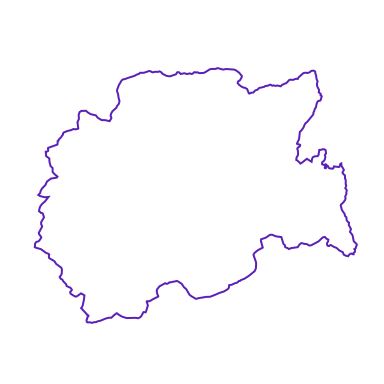 Dien Bien Dong, Điện Biên, Vietnam (Natural Earth projection), rotated 266°
{"feature_id": "81297802B35707987060986", "entity_name": "Dien Bien Dong", "entity_type": "district", "adm_level": 2, "iso_a3": "VNM", "parent_name": "Vietnam", "parent_adm1": "Điện Biên", "projection": "natural_earth1", "projection_center": [103.27, 21.233], "detail": "fine", "context": "isolated", "style": "outline", "palette": "violet", "viewbox_px": 384, "rotation_deg": 266, "n_neighbors": 0, "source": "geoboundaries", "source_scale": "gbopen_adm2", "svg_char_len": 5965}
<svg xmlns="http://www.w3.org/2000/svg" viewBox="0 0 384 384"><g transform="rotate(266 192 192)"><path d="M83.9,73.3L77.1,78.8L76.4,79.0L76.3,79.8L75.9,80.1L75.2,79.8L73.7,78.6L72.8,78.6L71.5,77.8L69.7,78.0L69.2,78.8L69.1,81.2L68.4,83.2L69.0,85.4L68.9,87.2L69.5,88.6L70.0,91.7L71.8,97.1L72.4,100.4L72.2,102.8L74.3,105.3L76.3,108.3L76.2,108.8L74.9,110.1L72.5,113.6L70.8,118.0L70.4,127.2L69.8,129.5L70.5,131.2L71.6,132.7L75.3,135.0L75.6,135.4L75.2,137.3L75.4,137.6L82.0,140.1L85.5,139.2L86.1,139.3L86.3,139.6L86.0,140.7L86.1,142.3L87.7,145.4L90.0,150.9L90.4,151.1L92.7,150.2L96.0,149.9L97.2,150.3L100.1,152.9L102.9,158.8L102.3,159.8L102.2,161.2L103.5,163.3L103.3,163.7L104.3,170.7L103.9,171.6L101.2,175.3L97.5,177.4L95.6,179.4L89.8,182.3L88.1,184.1L85.1,188.5L85.7,191.7L86.4,199.0L86.2,202.7L88.2,209.0L89.3,211.9L90.5,216.8L92.4,220.6L93.2,221.6L94.1,222.1L96.5,222.6L96.7,225.1L97.9,228.2L98.5,230.9L100.0,232.7L99.9,233.6L100.7,234.6L101.7,237.9L104.2,242.6L108.7,249.0L111.3,250.4L116.0,251.0L117.8,250.9L124.7,249.0L125.5,249.1L127.0,250.3L129.3,253.6L131.6,258.7L138.5,257.3L140.0,257.6L141.3,262.5L143.7,266.6L143.9,267.4L143.7,269.2L142.6,271.1L141.7,273.5L140.8,278.0L133.9,279.6L132.5,280.9L130.8,281.0L130.0,281.9L129.5,283.3L128.3,284.6L129.1,287.0L129.6,293.6L132.0,295.5L133.1,296.9L133.4,297.7L132.4,300.6L132.0,303.0L130.4,305.2L130.6,307.4L133.9,314.8L137.4,319.0L137.7,319.9L137.9,321.4L136.1,322.8L135.0,324.7L133.5,324.4L131.5,323.2L130.8,323.0L129.3,323.3L128.8,323.9L128.5,325.0L129.4,326.2L129.4,326.8L127.3,329.8L126.2,332.2L123.4,334.9L121.5,338.2L118.9,339.0L117.7,341.1L117.0,343.2L118.7,344.6L119.4,345.9L119.4,346.9L118.6,348.4L118.6,348.9L120.0,349.0L120.7,350.1L121.4,350.5L122.8,350.6L123.7,350.0L124.5,351.4L126.2,351.9L127.5,352.7L128.4,352.7L131.7,349.9L137.3,349.2L138.5,348.7L141.2,346.8L143.9,348.0L148.2,346.1L150.5,346.5L151.1,345.6L153.0,344.3L155.9,344.3L157.6,342.9L159.3,342.8L163.6,340.3L168.4,339.4L169.1,339.8L171.1,342.3L173.3,344.1L174.6,344.7L176.7,344.5L179.6,346.0L181.0,345.9L182.8,346.5L183.6,346.3L184.9,345.2L187.8,346.3L189.3,345.8L191.0,346.1L193.7,346.1L194.7,345.6L197.9,345.7L199.2,344.4L200.6,343.5L201.2,343.6L202.6,344.6L203.6,345.0L207.3,343.2L208.3,342.9L210.1,342.9L209.8,342.1L209.1,341.7L206.9,340.9L206.7,340.1L207.6,335.4L205.8,334.6L205.4,334.0L206.1,330.6L206.7,330.0L208.2,329.6L208.5,329.0L207.8,327.9L206.4,327.1L206.4,326.5L206.7,326.1L207.4,326.1L208.6,327.2L209.9,327.9L210.4,327.1L209.8,325.9L209.9,325.1L210.6,323.7L211.2,323.7L212.6,324.0L213.8,325.8L215.2,326.8L217.7,327.5L219.7,327.2L221.2,328.4L224.5,328.2L225.4,326.9L225.5,325.2L225.1,324.2L225.2,322.2L225.0,321.8L223.2,321.6L221.6,321.0L220.5,321.0L219.6,320.4L219.0,319.8L219.0,316.8L218.2,314.9L216.9,314.2L213.8,313.4L217.1,308.9L213.7,303.9L212.8,302.1L213.9,301.4L216.2,299.1L216.6,298.3L217.0,298.3L218.8,298.6L221.6,300.3L222.6,300.5L225.9,300.5L227.9,300.0L229.3,301.2L229.9,302.7L231.2,303.2L231.6,303.0L231.8,302.6L232.5,300.3L233.0,300.1L237.3,302.5L244.5,303.8L245.4,305.1L248.4,307.6L251.4,309.1L252.7,310.1L253.9,311.8L260.9,318.4L262.8,318.7L264.7,319.8L266.0,320.1L267.8,321.5L270.8,322.3L273.3,323.5L274.0,324.3L274.2,326.2L274.9,326.8L278.4,328.1L279.1,327.7L279.4,327.0L281.0,327.2L282.5,325.4L284.7,325.9L288.5,324.4L290.1,324.1L291.7,324.3L293.6,325.0L296.2,324.1L299.8,323.9L301.3,323.4L303.6,323.2L304.4,322.3L304.6,321.6L304.5,319.5L303.1,317.5L302.7,315.6L303.1,313.1L302.8,311.4L298.9,306.3L297.4,305.4L297.7,303.9L296.8,300.4L297.2,297.9L297.0,296.9L294.2,293.9L292.6,289.3L291.3,288.0L291.3,287.6L292.3,284.6L292.0,282.9L292.7,280.7L292.4,279.4L293.5,278.0L293.6,277.4L292.7,274.8L292.6,272.5L291.8,271.1L291.1,266.3L289.5,264.4L288.8,262.0L287.0,260.2L286.8,257.6L286.2,256.4L286.4,255.6L290.8,254.2L292.3,252.1L292.5,250.8L293.4,249.1L295.5,246.6L297.3,245.2L298.1,245.2L299.1,245.7L299.9,247.3L300.6,248.0L303.3,249.7L304.3,249.8L307.8,247.3L310.2,244.4L310.8,243.5L311.2,242.3L312.2,235.5L312.3,233.8L311.9,231.7L313.8,226.2L313.7,225.6L313.1,224.3L313.4,220.4L313.2,218.5L310.3,213.0L310.0,211.9L310.0,207.8L311.1,205.5L310.9,204.1L311.4,203.1L311.3,202.5L310.2,201.2L309.8,200.2L310.0,199.0L310.5,198.0L310.0,195.5L311.0,192.6L310.5,188.9L312.2,187.6L312.6,186.1L312.3,185.5L310.5,184.2L308.9,177.9L309.7,174.6L312.1,170.6L313.2,170.1L314.6,168.2L314.2,166.5L314.5,163.8L314.1,160.9L315.5,158.8L315.6,157.3L314.4,152.8L314.3,150.8L314.6,148.7L313.5,147.2L312.9,144.8L311.8,142.6L310.7,137.7L309.2,132.4L309.2,131.1L308.2,129.6L303.9,126.6L298.9,124.3L297.2,124.4L294.7,125.1L291.4,125.3L287.8,126.0L285.9,125.5L284.7,124.9L282.8,123.1L281.4,122.5L278.3,118.5L276.1,116.9L273.7,116.1L272.0,116.7L271.0,116.6L268.4,114.7L269.7,110.6L270.1,106.8L272.5,103.3L275.2,101.4L276.7,96.4L278.5,93.8L280.4,91.9L280.6,87.2L279.6,85.5L276.8,84.3L272.8,84.3L269.6,82.6L263.3,83.0L263.0,82.6L262.6,80.3L263.1,78.1L262.3,76.2L261.4,71.5L260.4,68.4L259.4,67.4L258.3,67.3L256.8,65.9L255.9,65.4L253.5,62.6L252.4,62.4L252.1,61.5L250.5,61.4L248.7,61.0L246.1,51.7L245.7,51.3L244.0,51.5L243.0,51.3L242.3,49.9L242.4,48.9L238.0,49.0L235.4,52.0L232.3,51.9L227.8,52.7L225.6,54.6L221.5,54.4L219.1,56.4L216.8,58.9L215.8,58.2L215.2,52.2L212.5,48.0L209.1,46.2L206.0,42.6L203.4,41.0L201.5,40.4L199.7,38.5L198.5,40.3L197.0,44.8L197.1,48.5L193.0,44.8L190.5,41.6L188.7,40.0L187.0,39.0L183.5,38.0L182.3,39.4L181.7,39.8L181.7,40.6L180.9,41.7L177.1,42.6L172.4,39.4L170.2,39.3L168.5,40.1L167.8,40.0L161.9,36.3L160.9,36.4L157.4,38.5L156.9,38.4L154.1,36.2L153.4,35.1L153.1,33.3L151.6,31.9L147.9,31.3L146.9,33.4L145.6,37.2L141.5,42.1L140.2,44.8L139.4,45.2L138.1,44.7L136.0,44.9L132.6,49.9L129.7,51.5L125.7,56.2L124.7,56.7L123.5,56.8L119.8,56.4L118.1,55.5L116.5,54.1L114.7,54.9L113.6,56.6L112.0,57.3L108.8,60.0L106.9,60.4L105.0,64.0L103.1,65.3L102.4,65.2L100.7,63.5L99.9,63.5L99.1,63.8L97.3,66.0L95.7,68.5L96.0,69.9L98.6,74.3L96.4,77.5L92.3,76.7L86.9,75.2L84.9,74.3L83.9,73.3Z" fill="none" stroke="#5b21b6" stroke-width="2"/></g></svg>